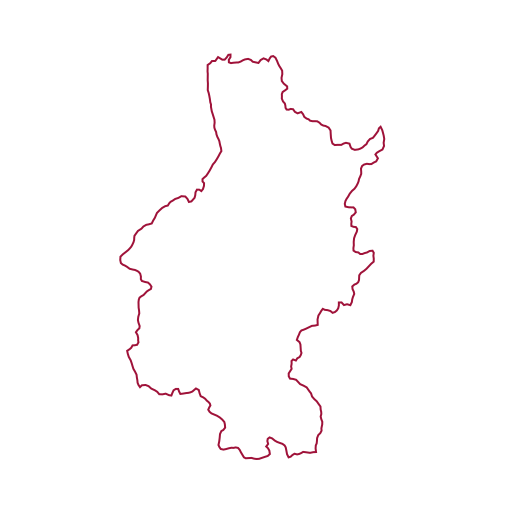 outline of Jacinto, Minas Gerais, Brazil, rotated 201°
{"feature_id": "56859067B66910938619484", "entity_name": "Jacinto", "entity_type": "district", "adm_level": 2, "iso_a3": "BRA", "parent_name": "Brazil", "parent_adm1": "Minas Gerais", "projection": "orthographic", "projection_center": [-40.323, -16.195], "detail": "fine", "context": "isolated", "style": "outline", "palette": "rose", "viewbox_px": 512, "rotation_deg": 201, "n_neighbors": 0, "source": "geoboundaries", "source_scale": "gbopen_adm2", "svg_char_len": 6084}
<svg xmlns="http://www.w3.org/2000/svg" viewBox="0 0 512 512"><g transform="rotate(201 256 256)"><path d="M150.7,255.8L152.0,257.8L154.0,259.7L155.2,262.1L153.9,264.6L152.3,266.1L151.2,268.1L151.2,270.4L152.7,275.0L152.0,277.8L149.8,280.9L148.3,283.6L147.0,286.8L145.7,290.0L144.1,292.9L145.1,295.7L146.5,298.3L147.2,301.2L149.1,302.7L151.7,301.4L153.6,299.1L155.7,297.6L157.4,296.0L159.5,295.2L161.7,296.0L164.4,295.4L166.9,296.0L167.9,298.3L168.5,301.0L169.8,304.1L170.8,307.7L170.9,311.1L170.6,314.9L171.1,317.4L173.1,318.8L175.4,318.2L177.7,318.2L178.6,320.3L179.1,322.4L180.9,325.1L180.9,327.7L179.5,329.6L178.5,332.5L180.1,335.2L182.4,336.3L184.3,335.6L186.9,334.7L190.3,334.2L191.8,336.5L192.2,339.4L191.9,341.9L191.3,344.3L190.8,347.8L189.7,351.2L188.2,354.0L187.4,356.9L187.0,360.3L187.0,362.5L187.4,364.8L187.2,367.7L187.2,370.4L188.0,372.4L189.3,375.2L189.2,378.1L187.9,380.1L185.6,381.8L183.1,382.4L181.2,383.2L179.6,385.4L177.7,387.4L177.2,390.9L180.9,393.6L180.2,395.7L178.4,398.1L176.1,400.7L175.9,404.6L177.4,407.4L178.2,411.2L179.9,414.1L181.3,416.1L183.2,418.7L186.0,421.3L187.0,419.2L186.8,416.5L187.6,413.4L188.5,410.3L189.2,408.2L191.5,406.1L192.7,403.0L193.0,399.9L194.2,398.1L195.4,395.6L197.0,393.7L198.7,392.2L201.8,390.5L205.0,390.5L206.8,391.7L209.0,394.4L212.6,393.9L214.6,392.3L216.2,390.3L219.2,389.2L222.3,387.8L224.9,388.4L226.7,390.7L228.3,393.1L230.3,397.4L231.4,399.9L234.2,401.9L237.7,402.3L239.9,401.9L242.2,402.1L244.5,403.2L247.1,403.7L249.5,402.9L251.5,402.1L254.0,401.7L255.9,402.5L258.0,402.4L260.8,403.2L262.8,405.2L265.3,406.7L268.3,404.1L271.3,404.5L274.0,406.3L276.4,405.7L277.9,404.3L279.9,403.7L281.5,404.9L282.4,406.8L283.7,408.7L286.2,410.0L288.3,412.2L289.0,414.3L289.9,416.4L289.9,418.7L288.2,421.1L286.8,423.4L287.7,425.5L291.9,426.9L294.6,428.6L296.0,431.4L296.6,435.2L298.0,438.4L300.1,440.1L302.3,441.7L304.2,443.4L306.2,445.6L308.9,448.1L311.6,448.8L313.4,447.6L314.0,445.5L314.3,442.4L316.7,443.2L319.8,443.2L321.9,440.6L322.9,437.1L326.0,436.6L328.7,436.2L331.0,437.2L334.0,437.2L336.7,435.6L338.4,434.0L340.0,432.0L341.8,430.4L343.7,429.6L346.4,428.3L348.5,427.1L350.7,427.1L351.7,429.4L351.1,432.5L352.0,434.9L353.9,433.9L354.5,430.9L355.6,428.1L357.8,427.2L362.7,428.1L363.9,423.5L367.0,422.2L367.8,419.6L369.6,417.0L368.3,413.6L367.4,411.0L366.3,408.8L364.1,402.8L362.7,399.8L361.6,396.8L360.5,393.6L358.5,391.1L357.0,388.8L355.3,386.0L353.8,383.2L352.3,381.3L351.5,379.1L349.1,375.2L347.3,373.0L345.5,370.7L343.6,368.3L342.4,365.6L341.7,362.7L340.8,360.8L339.5,359.2L337.7,357.5L336.5,355.4L334.8,353.4L332.9,351.7L331.4,350.1L330.1,348.0L328.7,345.9L327.4,344.3L325.9,341.5L326.4,339.0L326.8,335.5L327.3,332.4L328.0,329.0L329.1,326.0L329.4,322.8L329.9,319.1L330.5,316.0L331.2,313.0L332.6,310.5L333.5,308.6L332.6,306.4L330.6,305.4L329.7,302.8L329.5,299.5L330.3,297.0L332.6,297.6L334.9,296.8L335.3,293.8L334.5,291.0L334.2,288.3L335.9,283.8L338.0,282.4L340.4,284.7L343.3,286.2L347.1,285.1L349.3,282.4L351.9,280.3L353.7,277.7L355.1,276.1L355.9,274.2L356.4,271.5L358.6,270.0L360.8,267.3L362.4,264.1L363.9,260.7L364.0,258.5L364.1,255.5L364.7,252.3L365.0,249.0L367.5,247.1L369.6,245.8L371.7,243.2L372.7,240.5L375.2,237.1L376.0,234.1L376.7,231.3L376.2,229.3L375.5,227.3L375.3,225.0L375.5,222.1L375.8,220.0L376.5,218.0L377.4,215.8L378.9,213.2L380.9,209.9L382.3,206.8L381.3,203.6L379.6,201.0L377.4,200.2L375.0,200.1L372.6,199.7L369.4,198.8L366.1,199.2L364.0,199.6L361.9,199.5L360.0,199.2L357.8,198.0L356.1,195.6L355.2,193.1L353.6,191.8L350.2,192.0L347.3,192.5L344.8,191.5L342.6,189.9L342.3,187.6L344.0,185.5L345.2,183.8L347.0,179.3L348.7,177.2L349.8,175.4L349.8,173.4L349.2,170.9L347.1,165.8L345.7,163.3L344.4,160.6L344.1,157.0L343.3,153.9L341.8,151.6L339.5,148.9L339.0,146.7L340.1,144.4L340.8,141.8L338.2,139.7L336.6,137.2L335.8,135.0L334.8,133.3L335.2,130.5L337.2,129.2L339.2,128.3L339.6,125.6L340.6,123.7L342.3,121.3L340.6,118.7L338.6,116.2L335.6,113.7L333.6,111.3L331.6,108.7L330.0,106.7L327.5,104.7L325.0,102.4L323.7,99.9L322.3,97.6L321.1,95.2L319.5,93.5L317.3,92.0L316.2,94.4L312.9,96.0L309.6,96.0L306.3,94.7L302.3,94.4L299.5,93.8L296.8,92.3L293.8,93.3L291.0,95.1L287.3,94.9L285.0,95.4L285.0,98.2L284.8,101.1L283.2,103.2L281.0,104.0L279.2,101.9L277.2,100.1L274.8,101.4L272.1,103.0L270.1,104.0L268.5,105.1L266.9,106.6L264.6,110.8L261.4,110.4L259.5,107.7L257.4,105.3L254.6,105.1L252.3,104.5L250.0,103.3L248.1,102.7L246.2,101.7L245.0,100.1L245.4,97.9L245.5,95.4L243.5,93.9L241.2,93.1L235.3,92.9L232.0,92.3L228.9,91.2L226.1,89.7L224.8,87.8L223.3,84.7L224.2,81.8L225.6,80.2L225.8,76.9L224.8,73.4L223.9,69.8L223.3,66.1L221.8,64.6L219.8,63.2L217.0,63.6L214.8,65.0L212.4,66.8L210.2,68.2L208.2,68.8L206.4,70.0L204.0,70.4L201.8,69.2L199.7,67.3L195.1,63.7L193.1,63.5L187.8,65.9L185.3,66.1L183.0,66.6L180.5,67.7L175.3,72.0L173.4,73.5L172.1,76.1L173.8,79.1L176.0,80.9L178.2,81.8L177.3,84.9L179.1,87.3L179.5,89.5L178.3,91.5L175.6,91.5L172.3,90.4L169.8,90.0L167.0,90.0L164.0,90.1L161.4,89.4L159.7,88.0L158.1,85.5L156.0,82.1L153.4,79.7L151.7,81.1L150.7,83.2L149.2,85.2L146.5,85.5L144.7,86.7L143.2,88.2L141.8,90.0L139.8,90.5L135.0,91.6L132.2,93.4L129.7,94.5L131.4,97.7L132.3,100.6L132.2,102.8L132.8,105.1L133.7,107.9L133.7,111.1L132.5,113.7L132.2,116.4L133.2,118.6L133.8,122.4L134.7,125.0L136.6,127.1L138.1,129.3L138.4,131.9L139.3,133.9L140.6,135.8L141.9,138.6L144.4,140.2L147.2,142.1L150.3,143.3L153.3,144.9L155.4,147.5L157.3,148.6L161.6,151.5L165.2,152.0L168.9,152.2L171.5,153.5L174.2,154.8L177.4,154.5L180.3,153.7L182.3,155.4L183.4,158.1L182.3,163.4L183.6,165.4L184.1,168.1L185.2,170.7L184.3,172.7L181.3,172.7L180.8,175.3L179.1,177.3L178.7,179.6L178.8,181.8L180.2,183.6L182.8,189.3L184.5,191.2L187.8,192.3L187.9,195.5L187.7,197.8L187.7,200.6L186.9,202.8L185.3,204.1L183.4,205.9L178.8,210.8L175.8,212.3L173.7,213.8L175.8,218.8L176.4,222.8L175.8,225.6L175.4,228.2L174.7,230.6L172.5,230.4L169.8,231.1L166.8,231.3L164.1,230.4L162.2,232.0L161.0,234.2L160.5,236.6L160.9,239.5L162.0,242.3L159.5,243.3L156.3,241.7L153.7,243.6L150.3,243.9L150.0,247.3L150.6,249.9L150.8,252.3L150.7,255.8Z" fill="none" stroke="#9f1239" stroke-width="2"/></g></svg>